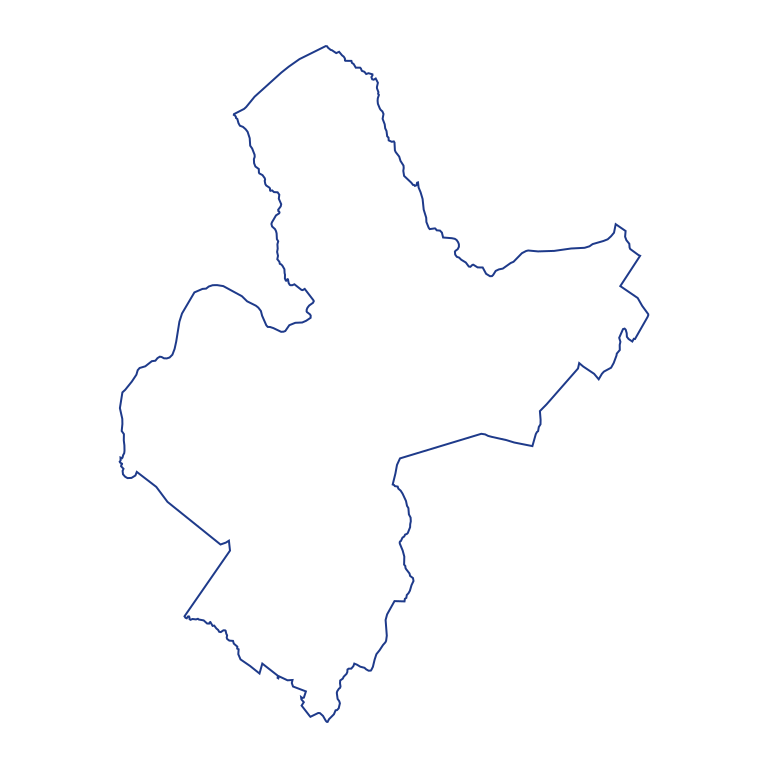 the district of Saldaña, Tolima, Colombia
{"feature_id": "7082276B58225097542438", "entity_name": "Saldaña", "entity_type": "district", "adm_level": 2, "iso_a3": "COL", "parent_name": "Colombia", "parent_adm1": "Tolima", "projection": "equal_earth", "projection_center": [-75.023, 3.912], "detail": "fine", "context": "isolated", "style": "outline", "palette": "blue", "viewbox_px": 768, "rotation_deg": 0, "n_neighbors": 0, "source": "geoboundaries", "source_scale": "gbopen_adm2", "svg_char_len": 6088}
<svg xmlns="http://www.w3.org/2000/svg" viewBox="0 0 768 768"><path d="M615.7,224.2L614.0,232.7L611.0,236.3L607.7,239.3L603.4,241.0L592.6,244.1L589.5,246.3L584.6,247.8L571.1,248.5L554.2,250.9L538.0,251.4L528.2,250.5L526.1,251.0L521.9,253.2L513.5,261.8L510.7,263.0L502.8,268.6L498.9,269.4L495.7,270.9L493.2,274.9L492.0,276.1L490.0,276.2L486.1,273.8L482.7,267.5L477.6,267.4L473.3,264.7L472.4,264.9L470.4,266.8L468.8,266.5L465.8,262.5L461.2,259.7L459.1,257.6L456.8,256.8L455.2,254.6L454.9,251.7L455.5,250.8L457.7,249.2L458.9,246.8L458.9,244.3L458.1,242.2L456.6,240.0L454.8,238.8L451.8,238.2L443.1,237.5L441.9,232.6L440.0,230.6L436.7,230.3L435.3,228.5L434.7,228.4L429.7,229.1L428.7,227.8L426.4,222.0L426.2,217.7L423.7,209.6L422.6,199.0L420.6,192.3L418.6,187.5L418.0,182.4L417.1,182.7L416.4,185.3L414.9,185.9L414.1,185.0L413.0,184.9L411.3,182.7L404.1,175.9L403.3,170.9L403.7,168.0L403.5,165.6L400.5,160.9L399.2,156.6L395.7,152.1L394.9,150.3L394.5,142.5L393.8,141.4L391.8,141.8L388.7,140.4L388.5,137.6L387.2,136.3L386.5,131.0L385.2,128.3L384.7,124.3L382.6,118.8L383.5,114.0L382.4,111.4L380.8,110.0L379.9,108.7L377.9,103.8L377.6,100.8L377.8,98.3L378.9,94.9L378.1,93.8L378.4,92.1L377.0,88.4L376.9,87.1L377.9,82.8L375.7,78.5L373.7,79.7L372.2,79.3L371.4,77.1L372.5,75.3L372.4,74.3L368.5,73.2L366.2,74.0L364.4,71.8L361.8,70.8L360.9,68.5L360.1,67.7L355.8,67.7L353.7,64.1L351.9,62.8L351.4,60.9L345.4,60.8L345.0,60.5L344.9,58.5L343.7,56.6L342.1,55.4L339.1,51.8L336.2,53.1L331.9,50.2L330.7,49.9L328.0,47.7L327.1,46.3L325.7,46.1L299.5,59.1L288.7,66.7L281.3,72.6L254.6,96.7L246.2,107.0L244.1,108.9L234.0,114.1L233.8,114.9L235.0,115.6L235.8,116.6L236.0,118.0L237.3,118.9L238.5,123.2L239.9,125.7L243.0,126.9L245.6,129.2L247.6,131.8L249.7,138.2L250.2,145.7L252.2,148.6L254.6,154.8L254.7,156.9L253.9,159.1L254.1,163.2L255.4,166.5L258.8,169.0L258.9,172.4L259.3,173.4L262.5,175.1L264.8,178.3L265.1,179.8L264.7,180.8L265.3,184.0L266.2,185.5L269.5,187.7L270.0,188.6L270.0,190.1L270.4,190.8L272.1,190.4L274.0,192.1L277.6,192.3L279.3,194.7L278.8,198.7L281.2,204.2L280.7,206.4L278.2,209.7L278.3,211.0L279.2,211.6L279.5,212.5L279.2,213.3L276.0,215.4L271.9,222.4L271.4,224.0L272.1,226.5L275.0,229.1L276.0,231.1L276.6,233.4L276.9,239.1L278.2,241.3L277.4,244.3L277.7,248.7L277.1,251.9L278.0,255.8L277.3,259.2L279.4,261.8L279.8,263.8L281.2,264.4L282.4,265.7L284.4,269.2L284.6,273.1L285.0,274.7L284.9,278.5L285.8,280.6L286.4,280.7L287.4,279.2L288.0,279.4L288.6,282.9L289.7,284.8L290.4,285.2L292.3,285.2L294.4,284.3L301.5,289.9L302.7,290.1L304.7,288.9L313.3,300.1L313.8,301.1L313.0,302.8L309.2,305.5L307.5,307.7L306.7,309.6L306.6,311.4L307.0,312.1L310.0,314.4L310.7,315.6L310.6,317.8L306.1,320.8L302.2,322.5L295.3,322.8L289.3,325.2L285.3,331.0L283.5,331.7L281.1,331.8L273.4,328.1L270.1,327.0L267.7,326.9L266.3,325.3L262.1,315.7L260.9,311.0L258.3,307.6L255.9,305.7L247.1,301.3L241.9,296.2L223.3,286.1L217.0,285.1L212.7,285.2L208.8,286.5L206.1,288.6L202.5,288.9L194.4,292.4L182.0,313.5L179.4,321.7L176.2,341.6L174.6,348.9L172.4,354.7L169.6,357.5L166.8,358.4L164.0,358.3L161.6,357.0L159.8,356.7L157.5,358.1L155.4,360.7L151.8,361.2L145.3,366.3L139.6,368.0L137.7,370.2L136.4,374.7L131.8,381.6L125.2,389.8L122.4,392.4L119.9,408.1L122.3,418.9L122.4,424.0L121.7,431.0L123.9,434.1L123.8,440.5L124.4,445.4L124.5,450.8L124.2,453.2L123.2,455.0L122.5,457.6L121.9,458.3L120.5,457.6L120.6,460.5L119.7,461.7L120.2,462.6L122.0,463.7L121.9,464.5L121.3,464.9L121.1,466.3L123.5,468.8L122.6,470.9L123.0,474.3L125.1,476.7L127.5,478.1L131.5,477.9L135.4,475.5L136.8,471.9L156.3,486.9L167.5,501.9L220.5,544.5L225.9,542.6L228.9,540.7L230.0,550.6L184.5,616.3L185.5,617.8L186.7,618.3L188.0,616.5L188.9,616.4L189.4,617.2L189.6,619.2L190.5,619.8L192.5,619.0L196.0,619.4L197.9,618.8L198.8,619.5L203.7,620.4L207.1,623.5L209.1,623.6L209.8,622.3L210.4,622.1L212.6,625.9L214.2,625.6L216.4,628.5L218.1,629.9L219.2,631.8L220.8,632.1L223.4,630.3L225.0,630.3L225.6,630.7L226.3,633.8L227.1,635.3L226.7,637.7L227.2,639.0L229.3,640.6L233.0,640.9L233.8,643.6L237.3,646.6L237.2,648.6L238.6,649.3L238.3,654.2L240.5,659.4L250.1,666.0L259.5,673.5L262.3,663.6L277.9,675.8L277.6,677.9L278.3,678.3L278.8,676.2L287.5,680.3L292.5,680.0L291.8,683.0L293.0,686.5L305.9,691.4L303.9,697.6L302.3,698.0L301.1,697.1L301.4,699.4L303.8,702.2L301.6,705.6L310.0,716.4L310.4,716.8L318.2,713.0L319.9,713.1L323.0,715.9L325.8,720.8L326.7,721.8L327.6,721.9L329.0,719.2L333.9,714.3L335.6,710.3L337.0,710.1L338.7,708.3L339.9,703.3L339.2,701.1L337.6,698.9L336.8,692.9L337.2,691.3L338.9,688.7L340.1,687.8L340.5,686.4L340.0,683.3L340.2,680.5L342.8,678.6L343.7,676.7L346.5,673.9L347.3,672.1L347.5,669.5L348.6,668.7L351.3,668.6L353.4,666.1L354.3,663.6L357.0,664.7L360.3,666.7L364.5,667.8L366.1,669.3L368.6,670.7L370.8,670.6L371.4,669.8L372.9,666.8L374.6,659.7L376.4,654.2L379.6,650.2L383.0,645.0L385.4,642.3L386.1,640.8L386.8,635.7L385.6,620.0L387.1,614.4L394.5,601.1L404.5,601.4L404.9,598.8L406.3,597.9L406.8,595.0L408.5,593.2L409.9,590.7L411.5,585.2L413.5,581.0L413.0,578.1L410.1,575.9L409.5,573.5L406.1,569.1L405.5,568.0L405.3,566.0L404.1,564.6L404.3,556.6L402.7,550.6L399.8,543.6L399.7,542.2L400.1,541.4L400.9,541.0L402.5,537.6L404.2,536.5L405.1,534.6L406.9,533.9L407.8,533.0L410.1,527.2L410.2,524.2L410.8,521.3L410.6,517.6L408.9,514.4L408.4,508.1L407.0,505.8L406.0,501.0L402.6,493.7L400.7,490.7L398.3,488.6L397.7,486.6L394.9,486.1L394.0,485.0L392.7,484.5L395.4,473.6L397.0,464.9L400.0,458.4L481.3,433.8L485.2,434.4L488.1,435.9L491.9,436.9L506.4,440.1L514.2,442.5L532.4,446.1L535.8,434.1L536.9,432.1L538.1,431.1L538.8,427.0L540.5,424.3L540.6,419.9L539.9,411.1L546.6,404.3L578.0,368.5L579.2,363.1L583.2,366.5L594.1,373.8L598.7,379.3L601.9,373.8L603.9,371.6L611.1,367.7L613.7,363.0L616.5,355.5L616.8,353.6L619.8,350.0L619.7,344.9L620.4,341.8L619.2,337.8L623.0,329.1L624.6,328.6L625.7,329.7L626.7,333.2L626.9,336.8L628.6,339.0L632.3,341.5L633.8,338.8L635.0,339.0L647.6,316.9L648.3,315.1L648.2,314.1L642.2,305.9L637.7,298.0L620.3,286.1L640.1,255.8L638.4,255.0L630.2,249.0L629.6,247.6L629.3,243.8L626.4,240.2L625.1,236.7L625.6,231.0L615.7,224.2Z" fill="none" stroke="#1e3a8a" stroke-width="2"/></svg>